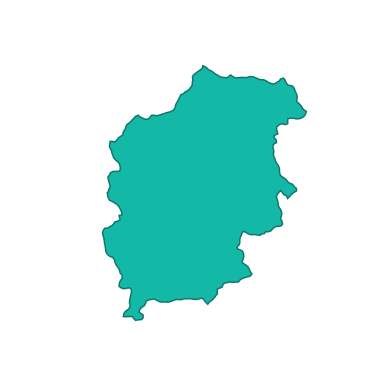 outline of Águas Formosas, Minas Gerais, Brazil, rotated 295°
{"feature_id": "56859067B69093601500808", "entity_name": "Águas Formosas", "entity_type": "district", "adm_level": 2, "iso_a3": "BRA", "parent_name": "Brazil", "parent_adm1": "Minas Gerais", "projection": "orthographic", "projection_center": [-40.979, -17.037], "detail": "fine", "context": "isolated", "style": "filled", "palette": "teal", "viewbox_px": 384, "rotation_deg": 295, "n_neighbors": 0, "source": "geoboundaries", "source_scale": "gbopen_adm2", "svg_char_len": 4341}
<svg xmlns="http://www.w3.org/2000/svg" viewBox="0 0 384 384"><g transform="rotate(295 192 192)"><path d="M310.8,148.4L308.9,149.2L306.8,148.3L304.9,147.2L303.2,146.2L301.4,145.2L299.1,144.0L296.7,143.7L295.0,144.7L293.2,145.7L291.0,146.1L288.9,147.1L286.5,146.6L283.9,146.2L281.7,145.1L280.0,143.6L277.5,142.7L275.3,140.7L272.1,140.8L268.0,140.6L264.5,140.3L260.9,141.1L258.1,140.5L255.7,138.6L254.2,136.8L252.9,135.1L251.1,133.4L249.0,131.1L247.5,129.5L246.0,127.6L245.5,124.9L244.2,122.7L241.9,122.5L239.5,121.4L238.1,118.9L238.1,113.1L238.8,110.8L236.7,108.9L234.0,108.1L232.0,107.3L228.5,106.2L225.6,104.5L223.0,104.5L221.0,105.0L219.0,104.5L216.9,104.4L214.8,105.2L212.8,104.1L210.3,102.6L207.5,102.0L204.8,101.1L204.3,98.7L203.3,96.4L200.7,97.2L198.2,98.0L196.3,100.5L194.9,102.0L193.2,103.2L191.7,104.8L189.9,106.5L188.9,108.7L188.3,110.9L187.3,113.7L185.1,115.9L182.9,117.1L180.9,117.7L179.5,116.4L178.6,114.2L176.9,111.3L174.7,109.9L172.6,110.0L169.9,109.5L167.5,111.2L165.3,113.2L162.2,115.7L159.6,115.5L157.4,116.0L155.4,115.5L153.7,116.7L151.6,118.3L149.7,120.7L149.7,124.2L149.3,127.2L148.9,129.9L147.3,132.8L145.6,135.0L143.7,137.1L141.5,138.2L139.9,135.8L138.2,137.1L136.3,138.6L134.2,136.9L132.1,134.6L129.8,134.4L127.9,133.7L125.9,132.3L123.4,130.6L122.3,128.2L119.9,127.8L117.2,128.1L115.2,129.6L112.7,131.8L110.3,133.4L108.4,134.5L106.8,135.8L104.6,137.3L101.5,139.2L99.7,141.7L99.0,144.7L99.2,147.9L97.7,150.5L95.3,152.4L93.6,154.4L92.2,157.2L90.2,159.7L88.2,161.1L87.0,164.2L84.4,165.0L82.3,164.8L80.0,164.5L77.6,165.0L75.6,165.9L75.2,168.5L75.5,171.0L76.7,173.0L78.1,174.6L78.8,176.9L77.7,178.5L75.7,179.4L72.4,180.2L70.0,180.6L67.6,181.2L65.0,182.2L63.2,184.0L60.3,184.3L58.0,183.6L55.7,182.1L53.1,181.7L50.1,182.4L50.8,184.5L51.8,186.2L53.1,188.6L53.9,190.6L52.6,192.9L51.8,194.9L53.6,197.7L55.1,200.3L57.7,200.8L60.0,199.5L60.3,196.8L61.1,194.6L64.1,194.4L66.3,195.3L68.8,196.8L71.5,197.0L73.7,196.5L75.5,197.9L76.8,199.6L77.9,201.3L79.1,203.0L79.0,205.8L78.9,209.2L79.6,211.5L80.9,213.7L81.8,216.5L83.4,218.6L85.4,220.5L87.7,222.8L88.8,225.2L89.9,227.8L91.9,230.1L93.3,233.0L94.4,235.0L95.1,237.7L95.8,239.9L97.1,242.4L99.1,244.6L100.1,246.2L99.3,248.4L97.9,251.1L96.9,253.7L99.7,254.2L102.3,255.8L105.5,256.9L107.6,257.3L110.5,258.0L112.8,256.8L114.7,255.9L116.6,257.8L118.8,259.5L121.9,259.1L123.9,260.9L125.0,262.6L126.5,264.0L127.1,266.8L128.7,269.5L130.1,272.1L132.9,272.8L135.3,274.5L137.0,276.3L138.6,278.2L140.2,280.1L142.9,281.0L144.7,278.3L146.6,276.1L148.0,274.0L148.7,271.0L148.9,268.4L150.1,266.8L152.7,266.8L155.2,266.2L157.7,265.0L159.8,262.7L159.9,259.6L159.6,257.0L161.5,256.1L164.1,257.1L166.5,256.7L168.4,255.7L170.6,255.0L173.6,255.0L175.5,254.7L178.1,255.1L178.2,257.9L177.9,259.9L178.0,262.7L178.9,264.9L180.2,267.4L180.8,269.9L181.5,272.0L183.6,273.0L184.7,275.1L187.1,275.5L188.2,278.0L190.4,280.1L193.2,280.8L195.7,282.1L197.5,284.9L198.9,287.1L201.3,287.6L203.8,285.6L205.5,283.3L208.4,283.1L211.2,282.1L213.2,280.1L214.8,277.6L216.7,275.5L219.2,274.2L221.6,272.0L223.3,270.5L226.1,270.3L228.4,270.9L230.9,271.7L229.5,274.3L228.3,276.7L228.7,279.1L226.5,281.3L228.8,282.3L231.6,283.0L234.5,284.4L237.2,286.3L239.4,285.1L239.9,282.6L241.5,280.1L241.3,277.3L241.6,274.8L243.0,272.0L243.7,269.2L243.9,266.9L244.7,264.7L247.4,262.7L250.5,261.1L252.8,258.6L254.2,256.0L255.4,254.5L257.0,253.3L258.6,251.2L260.9,249.7L263.3,249.1L265.2,247.7L267.2,245.9L270.1,245.9L272.4,247.7L274.8,246.3L275.4,244.4L277.0,242.4L279.5,243.8L281.0,245.2L282.6,243.9L284.5,242.2L286.8,241.3L288.7,242.0L290.8,243.2L292.1,245.5L292.6,248.3L294.5,249.9L296.7,248.7L299.0,248.0L300.7,250.1L301.7,252.9L302.4,255.7L303.9,258.5L306.4,260.8L308.8,261.8L311.1,262.0L313.5,261.4L313.6,259.0L314.5,256.8L316.1,254.7L317.1,252.2L318.3,248.5L320.8,247.7L322.8,247.1L325.0,245.4L326.7,243.0L329.1,241.0L330.5,238.3L330.0,236.3L329.5,233.8L330.7,231.2L332.7,229.2L333.9,226.7L331.8,224.5L329.6,224.2L327.1,222.5L324.6,220.9L323.8,218.1L323.6,214.8L324.1,211.9L324.0,209.5L323.1,207.6L322.5,205.5L322.4,202.5L322.3,198.8L321.1,195.7L318.6,193.0L317.8,190.8L316.9,188.7L315.2,185.8L313.7,183.2L313.8,180.3L314.4,177.4L312.2,176.6L310.2,175.1L309.1,172.1L308.3,169.2L308.7,166.1L308.9,163.1L309.5,160.6L309.9,157.9L309.7,155.8L310.5,153.5L311.2,150.7L310.8,148.4Z" fill="#14b8a6" stroke="#0f766e" stroke-width="1.5"/></g></svg>